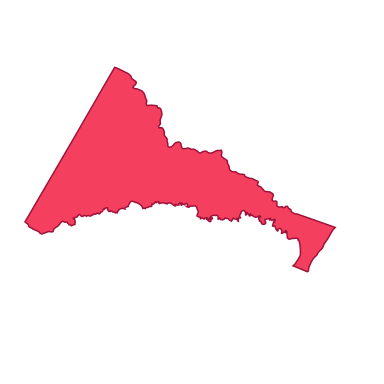 Santo Antônio do Içá, Amazonas, Brazil, rotated 20°
{"feature_id": "56859067B66310767394995", "entity_name": "Santo Antônio do Içá", "entity_type": "district", "adm_level": 2, "iso_a3": "BRA", "parent_name": "Brazil", "parent_adm1": "Amazonas", "projection": "albers", "projection_center": [-68.777, -3.083], "detail": "fine", "context": "isolated", "style": "filled", "palette": "rose", "viewbox_px": 384, "rotation_deg": 20, "n_neighbors": 0, "source": "geoboundaries", "source_scale": "gbopen_adm2", "svg_char_len": 6108}
<svg xmlns="http://www.w3.org/2000/svg" viewBox="0 0 384 384"><g transform="rotate(20 192 192)"><path d="M327.6,227.5L328.4,226.4L327.6,222.8L328.0,216.5L328.8,213.0L331.0,208.2L331.0,206.9L331.6,204.7L333.5,200.8L333.8,199.7L333.9,196.0L335.6,189.4L337.2,179.9L338.7,176.3L297.9,176.7L296.9,177.3L295.7,177.3L293.0,176.8L291.7,176.2L291.1,175.0L289.7,174.5L288.7,174.5L286.7,172.9L285.3,173.2L283.9,175.3L282.6,175.5L281.7,174.9L279.3,176.3L278.1,176.5L276.8,176.0L276.0,174.9L275.7,173.5L275.0,172.1L273.7,171.8L272.4,172.6L270.8,172.8L270.1,172.1L269.7,170.9L269.6,167.3L268.5,166.0L265.0,165.3L260.8,166.4L259.7,166.3L254.9,163.7L252.0,163.5L250.9,162.9L250.9,160.0L250.1,159.4L248.6,159.4L243.9,158.8L241.6,159.4L237.7,159.4L236.2,159.1L235.4,157.9L234.1,157.8L231.3,158.8L228.7,158.8L226.4,158.1L225.1,158.3L223.9,159.0L222.7,159.2L220.3,158.4L219.2,157.5L218.1,155.3L215.5,152.7L214.3,150.4L209.4,149.1L208.0,148.6L207.0,147.5L206.7,144.9L206.2,143.8L205.1,142.7L204.2,143.5L201.7,144.2L200.4,145.2L198.1,147.9L196.6,148.9L194.9,149.5L193.3,149.4L191.9,148.8L190.6,149.0L189.4,149.6L188.0,150.7L186.8,152.3L185.8,152.8L184.6,152.6L183.7,151.9L181.3,151.6L180.3,151.1L179.0,151.2L176.3,152.2L174.9,151.9L173.6,152.0L172.4,152.3L171.7,153.3L170.4,153.6L169.3,154.3L168.1,154.3L167.0,153.6L165.1,150.5L164.3,149.8L163.2,149.4L161.5,150.0L160.0,151.1L159.1,152.4L157.9,155.6L156.8,156.9L155.2,157.8L154.6,157.6L153.8,157.4L152.6,154.7L151.1,152.6L150.7,151.1L149.9,150.1L146.7,148.4L145.2,144.6L143.5,142.8L141.9,141.9L138.8,143.0L138.3,141.6L139.0,138.8L137.4,135.2L137.4,129.8L136.1,127.2L134.4,124.8L132.8,124.1L130.9,124.6L129.5,122.9L124.1,124.3L121.1,125.7L119.7,126.0L118.6,124.1L118.5,122.2L117.6,120.8L116.4,119.8L114.4,117.0L113.0,115.6L110.3,114.1L104.8,113.9L103.1,114.5L100.9,114.1L101.0,112.3L102.1,110.4L102.3,108.5L101.5,107.4L96.9,106.1L94.5,103.7L91.7,102.6L79.2,101.2L76.7,101.3L62.8,180.4L45.3,277.2L48.9,278.4L51.1,280.6L54.1,280.8L55.0,281.2L60.8,281.6L62.5,282.1L63.5,282.8L65.3,282.8L70.6,278.3L73.6,277.5L74.6,277.1L75.0,276.6L74.8,274.7L75.2,273.1L78.0,269.4L78.0,268.9L78.7,267.4L78.7,266.3L79.1,266.1L79.2,265.4L80.2,263.9L81.1,263.7L82.4,264.0L82.9,263.9L83.8,263.2L84.9,263.1L85.8,263.8L86.9,264.1L87.7,264.9L88.7,264.5L90.3,265.0L91.3,263.9L93.1,262.4L92.6,261.3L92.7,260.5L92.3,260.2L91.8,258.6L90.9,258.0L89.9,257.8L89.5,257.4L89.6,256.9L90.7,256.5L91.6,255.2L92.5,254.9L92.8,254.5L92.6,253.8L93.8,251.6L95.0,251.9L95.7,252.5L96.5,252.3L96.9,252.6L97.9,252.2L98.2,251.3L98.7,250.9L99.9,250.7L101.1,250.9L102.2,249.6L104.1,249.6L105.3,249.0L105.7,248.4L105.6,248.0L106.7,247.5L106.9,246.5L107.2,246.2L109.1,245.9L110.0,244.3L111.2,244.4L111.6,243.9L112.0,244.3L112.5,244.2L112.8,243.7L113.1,242.2L114.0,241.6L114.3,241.2L114.8,238.1L115.3,237.6L115.6,238.0L116.4,236.5L117.0,236.1L117.7,235.9L118.3,236.1L118.4,237.2L118.8,237.3L119.5,238.2L120.6,238.6L120.7,238.2L121.2,238.1L121.9,238.3L122.1,237.7L123.2,237.4L124.5,237.9L125.8,237.5L126.8,237.8L127.3,237.8L128.1,236.9L128.7,237.2L129.2,234.4L130.3,232.4L132.0,231.2L134.6,230.9L134.2,230.6L134.4,230.1L135.4,228.5L136.8,227.7L137.1,227.1L136.7,226.5L137.5,222.2L138.9,221.1L141.5,221.0L142.2,221.2L143.5,220.9L146.8,221.3L149.4,222.2L151.6,224.3L151.9,223.8L153.7,223.6L154.3,222.2L155.8,221.6L157.2,220.1L158.6,219.6L159.0,218.9L158.5,217.0L160.0,216.5L161.1,213.6L161.6,213.7L162.0,214.3L162.5,214.0L162.6,213.4L163.5,212.6L163.9,212.6L164.4,213.0L164.5,213.6L165.5,214.0L166.1,213.2L168.4,212.2L169.6,211.8L171.0,211.7L172.0,211.9L172.7,211.7L173.2,210.7L173.7,210.3L176.0,209.6L177.7,210.3L180.8,211.0L181.3,210.7L181.2,210.0L180.6,209.4L181.1,209.0L181.6,209.4L182.7,209.4L184.3,208.5L183.7,207.6L184.1,206.5L184.6,206.4L185.0,206.7L185.6,206.7L185.6,206.3L186.5,206.0L186.8,206.5L186.0,207.8L186.4,208.1L187.4,206.9L187.9,206.6L189.5,206.5L189.6,205.7L190.2,205.1L190.8,204.7L191.4,204.7L192.8,206.2L192.7,206.8L191.7,207.4L192.3,207.6L193.7,207.6L194.6,207.1L194.7,206.1L195.6,205.9L199.6,203.9L201.7,204.6L202.5,206.1L204.3,207.8L204.7,208.7L204.8,212.8L206.7,213.2L208.2,212.8L208.7,213.0L208.8,213.7L209.1,214.3L210.4,213.1L210.9,212.9L212.2,213.3L212.8,213.1L213.1,211.7L215.1,211.1L215.5,211.2L215.7,211.6L215.0,212.6L216.5,213.0L218.1,213.8L219.1,213.7L219.7,213.0L219.3,211.5L217.3,211.6L217.4,210.8L218.3,210.1L220.2,210.3L220.3,209.9L220.0,209.5L219.0,209.2L218.1,209.5L217.8,209.1L218.8,207.5L219.7,207.1L220.6,206.1L222.2,206.1L223.3,205.3L224.2,205.4L225.3,207.0L225.6,208.3L225.9,208.6L226.4,208.3L227.1,207.1L228.3,208.1L230.4,207.6L231.1,207.1L231.7,206.3L231.8,205.3L232.1,205.0L233.3,205.1L235.0,204.7L236.4,205.4L239.1,205.9L239.5,202.8L239.9,202.6L240.3,202.9L242.0,202.5L243.4,202.5L243.4,201.5L243.8,201.3L244.7,203.3L245.1,203.6L245.6,203.6L245.1,202.7L244.9,200.1L245.1,199.7L246.2,199.9L246.3,199.3L245.3,199.0L245.1,198.7L244.8,196.9L245.2,195.8L245.1,193.3L246.1,192.2L247.5,191.6L248.6,192.1L250.3,195.2L250.7,195.0L251.4,193.9L250.5,193.0L250.4,192.5L251.1,192.5L251.4,193.1L252.0,193.3L252.6,193.3L253.9,194.7L254.4,194.8L254.5,194.3L254.2,194.1L254.4,192.7L255.6,193.9L256.5,193.2L258.1,193.9L260.3,194.0L261.6,193.3L263.5,191.3L264.0,191.2L264.7,191.6L265.0,192.1L263.4,193.0L264.0,194.7L265.1,195.3L265.3,196.2L266.9,196.2L267.5,197.3L269.2,198.2L271.1,197.6L271.8,196.3L271.7,195.2L270.2,194.0L270.1,192.7L274.7,190.0L275.0,190.5L274.2,190.8L274.1,191.4L274.5,191.7L274.9,191.7L275.6,191.0L276.7,191.3L278.9,189.4L279.4,189.5L279.7,190.0L279.6,190.6L279.0,191.4L279.8,192.3L278.9,192.5L279.2,196.0L279.4,196.4L279.9,196.4L280.0,196.0L281.6,195.8L284.0,198.6L285.7,199.4L286.0,199.0L285.6,197.8L285.9,197.0L286.7,196.4L288.4,196.2L288.8,197.0L289.9,198.0L290.2,200.1L290.7,200.1L292.1,198.5L292.5,197.7L293.5,198.3L294.0,198.1L293.9,197.5L293.3,197.6L292.9,197.2L293.0,196.3L293.6,196.2L294.1,196.4L294.9,197.2L296.9,201.8L297.5,202.6L299.0,203.2L299.7,203.0L302.0,201.5L306.0,199.6L307.5,199.5L308.0,200.8L309.0,201.0L311.1,203.9L313.1,208.0L315.2,213.5L315.4,214.9L314.8,218.7L313.4,224.5L312.2,226.8L327.6,227.5Z" fill="#f43f5e" stroke="#9f1239" stroke-width="1.5"/></g></svg>